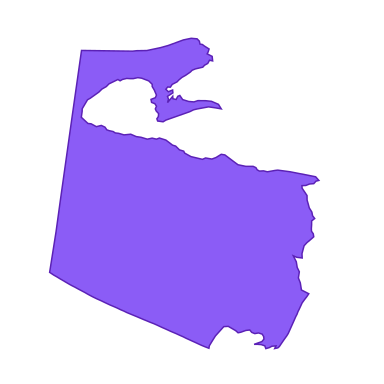 the district of Palmares do Sul, Rio Grande do Sul, Brazil, rotated 98°
{"feature_id": "56859067B50584819679722", "entity_name": "Palmares do Sul", "entity_type": "district", "adm_level": 2, "iso_a3": "BRA", "parent_name": "Brazil", "parent_adm1": "Rio Grande do Sul", "projection": "equal_earth", "projection_center": [-50.484, -30.349], "detail": "fine", "context": "isolated", "style": "filled", "palette": "violet", "viewbox_px": 384, "rotation_deg": 98, "n_neighbors": 0, "source": "geoboundaries", "source_scale": "gbopen_adm2", "svg_char_len": 3293}
<svg xmlns="http://www.w3.org/2000/svg" viewBox="0 0 384 384"><g transform="rotate(98 192 192)"><path d="M276.5,62.2L275.0,66.5L273.8,70.0L266.9,72.1L262.3,74.7L256.1,74.6L252.1,77.3L246.6,79.0L241.1,82.8L242.1,79.1L242.0,73.7L237.8,74.5L231.8,73.8L229.6,73.5L226.1,71.1L223.6,68.8L221.2,66.7L219.4,65.2L216.5,66.1L214.2,68.2L211.7,68.7L207.7,69.0L204.0,69.5L201.2,66.8L198.7,69.3L195.2,70.5L191.5,73.6L189.7,74.4L188.0,75.1L184.0,76.9L179.5,77.6L172.9,83.5L170.4,84.0L169.7,80.2L167.7,76.7L166.8,72.6L164.0,70.7L162.9,68.0L159.7,71.7L158.3,97.8L158.4,110.1L159.1,112.8L161.5,120.2L161.1,124.1L161.9,128.1L161.0,130.5L159.0,132.1L158.1,135.0L159.1,142.4L158.6,150.3L155.8,155.4L150.7,164.6L150.6,168.3L154.5,173.0L156.6,176.9L156.4,183.3L158.2,186.2L157.1,197.9L154.5,204.7L152.7,205.9L152.0,210.3L148.8,214.6L148.3,217.8L144.2,225.1L143.1,231.8L144.6,234.5L144.2,239.0L145.9,243.6L144.9,250.1L144.9,254.9L143.3,260.7L144.9,267.3L144.1,272.8L144.2,276.2L143.1,278.5L142.8,282.5L142.3,285.0L139.9,287.2L138.7,291.1L140.6,295.8L138.5,301.4L138.6,304.6L133.4,312.0L127.6,312.0L124.8,312.3L115.2,308.3L113.4,305.9L106.0,298.1L102.6,295.5L99.5,291.5L96.5,289.3L90.9,281.0L91.9,278.7L90.2,276.5L88.6,272.4L88.4,269.3L87.9,265.9L86.3,261.6L86.3,257.7L88.0,250.3L90.9,246.4L93.1,246.1L96.2,243.6L101.0,240.7L103.7,241.4L106.0,245.5L108.9,244.5L109.7,241.1L112.0,239.1L114.8,239.9L116.8,238.7L119.0,236.0L121.9,235.8L124.4,237.0L126.5,235.9L126.5,230.4L124.4,227.8L112.8,205.4L110.4,201.9L109.1,198.6L105.4,187.5L105.4,180.6L105.6,174.6L103.2,176.6L101.5,178.0L99.5,185.3L99.7,191.3L100.7,198.9L102.5,202.6L102.8,207.9L101.8,214.1L98.1,217.5L99.2,219.4L102.6,220.6L102.3,223.9L99.9,224.4L106.9,228.7L103.4,228.2L100.7,229.6L96.5,224.7L93.7,225.4L96.0,229.4L93.9,232.2L91.4,230.7L91.2,228.0L88.2,226.6L85.0,222.1L83.0,220.7L79.9,217.9L77.3,214.5L73.4,210.3L71.4,208.8L69.6,205.7L66.9,198.7L64.7,197.2L62.5,194.3L59.1,193.0L59.3,189.8L54.9,190.9L53.1,196.2L51.0,195.5L48.0,195.0L45.7,200.1L44.5,202.2L44.4,204.7L41.6,205.7L39.6,208.3L39.9,214.2L42.6,221.7L50.2,235.9L53.4,243.2L58.2,256.4L59.8,266.5L60.8,270.4L67.2,321.1L130.4,321.2L171.6,321.2L214.3,321.2L219.2,321.2L250.4,321.1L291.4,321.8L293.5,317.4L294.8,314.1L296.7,309.7L299.2,303.6L300.4,300.7L301.6,297.5L302.5,294.8L304.1,290.6L305.5,286.7L306.4,284.2L307.7,281.0L308.7,278.3L309.7,275.5L311.0,271.5L312.4,266.6L313.6,262.9L315.3,257.4L316.3,253.6L317.3,250.0L318.6,246.0L319.4,242.9L320.4,239.9L321.8,234.5L323.1,229.4L324.3,225.0L325.1,222.0L325.9,218.8L326.9,215.0L327.7,211.5L328.7,208.0L330.2,203.1L331.1,199.9L332.0,196.8L333.0,193.5L334.4,188.2L335.6,184.2L336.6,180.6L337.7,177.4L338.4,175.0L339.3,172.0L340.4,168.2L341.6,164.3L342.5,161.3L343.4,157.8L344.4,153.5L341.8,153.4L339.7,152.5L336.9,151.3L331.3,148.8L320.9,141.8L320.0,137.4L323.2,129.5L325.0,126.8L324.1,124.2L321.6,119.4L320.6,115.6L322.7,113.3L323.5,110.1L322.3,106.5L323.0,102.7L325.2,100.9L327.7,100.3L330.4,102.0L331.8,104.7L334.2,109.3L333.7,105.6L333.5,102.2L334.2,98.5L336.8,97.1L335.4,93.9L333.6,91.4L332.7,87.4L335.5,88.3L334.4,85.3L332.9,84.0L329.2,82.2L325.0,80.1L321.4,78.2L318.7,77.0L305.6,73.2L301.0,71.9L298.5,71.0L295.7,70.4L293.1,69.5L288.8,68.2L286.5,67.5L283.1,65.7L279.6,63.7L276.5,62.2Z" fill="#8b5cf6" stroke="#5b21b6" stroke-width="1.5"/></g></svg>